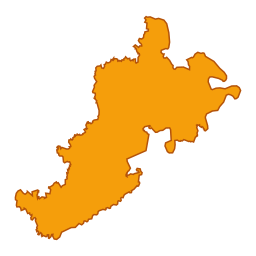 the district of Nanumba North, Northern, Ghana
{"feature_id": "2480657B57712569843933", "entity_name": "Nanumba North", "entity_type": "district", "adm_level": 2, "iso_a3": "GHA", "parent_name": "Ghana", "parent_adm1": "Northern", "projection": "natural_earth1", "projection_center": [-0.086, 8.922], "detail": "fine", "context": "isolated", "style": "filled", "palette": "amber", "viewbox_px": 256, "rotation_deg": 0, "n_neighbors": 0, "source": "geoboundaries", "source_scale": "gbopen_adm2", "svg_char_len": 5744}
<svg xmlns="http://www.w3.org/2000/svg" viewBox="0 0 256 256"><path d="M168.8,32.7L166.7,23.7L163.9,20.1L158.6,18.4L155.4,19.1L150.2,16.9L147.2,17.2L146.1,16.6L144.6,18.1L146.0,19.9L144.8,22.2L147.0,23.1L146.5,28.7L148.4,29.2L148.2,31.0L144.9,31.9L144.7,33.5L143.8,34.8L143.5,37.6L141.7,39.0L139.4,38.5L138.4,40.6L139.7,42.7L140.9,43.5L141.7,45.0L141.7,46.0L139.8,45.9L138.6,47.4L135.3,44.9L133.5,46.5L135.1,47.4L135.7,48.3L135.3,48.8L136.4,49.1L136.6,50.8L137.6,52.8L138.1,52.7L138.2,53.9L139.3,53.7L139.6,55.1L138.1,57.5L138.0,62.0L136.2,63.1L135.6,62.6L135.4,59.0L133.5,59.2L133.0,60.6L132.3,59.9L130.7,60.8L130.0,60.1L129.7,58.3L127.6,58.8L125.6,56.8L125.1,57.9L123.9,58.7L123.8,60.0L122.0,59.8L121.4,61.3L119.8,60.5L119.0,61.2L118.2,60.4L117.8,60.8L117.6,59.4L116.7,58.8L114.7,58.6L113.6,59.8L113.6,58.1L112.8,59.2L112.7,60.2L111.1,59.5L110.6,61.5L109.3,62.5L107.8,62.9L106.3,62.1L105.4,64.2L104.2,64.6L104.6,66.3L103.5,68.4L101.7,67.9L100.9,65.0L100.2,65.9L97.2,66.3L95.8,67.9L96.1,70.8L95.1,71.3L95.4,72.9L94.9,73.9L95.5,75.0L94.1,76.3L94.6,78.3L96.7,81.6L94.1,85.3L94.4,87.2L92.6,91.5L92.9,92.6L95.3,93.3L95.3,95.7L94.7,96.7L95.1,98.2L94.3,98.3L96.7,100.7L96.1,102.8L97.0,102.8L99.1,110.5L99.0,114.3L98.6,115.7L97.9,116.3L98.4,117.5L97.7,119.5L94.1,120.1L92.6,121.3L92.8,122.1L91.6,123.5L90.6,123.6L89.9,122.7L88.3,123.3L88.2,121.8L87.4,122.0L85.9,125.1L86.5,126.9L86.3,128.0L87.2,128.6L86.4,129.3L85.6,128.6L84.0,129.5L85.4,131.7L85.4,132.4L82.8,133.7L83.0,134.2L81.9,134.9L80.0,135.3L79.6,134.4L78.4,135.0L77.2,134.1L76.7,135.3L74.8,134.8L74.5,135.6L75.3,135.5L75.2,136.5L72.9,137.7L72.9,139.1L72.0,140.0L70.8,138.9L70.3,139.8L68.9,140.0L68.7,142.2L70.5,144.9L70.8,146.5L69.4,146.8L69.9,147.3L69.5,148.2L68.3,149.0L66.5,149.0L61.8,147.4L60.8,148.8L60.0,146.3L58.4,146.0L57.4,146.6L56.9,147.6L57.5,148.1L57.5,147.4L58.1,147.5L58.4,148.1L57.8,149.7L56.8,149.9L57.3,152.9L58.6,153.3L58.8,155.0L59.7,156.0L62.0,156.0L63.0,156.9L63.5,161.8L64.7,162.8L67.2,161.4L68.1,162.0L69.6,161.8L70.8,164.7L69.6,165.2L70.2,166.3L69.3,166.9L69.3,168.6L68.6,168.4L68.5,169.9L67.6,169.6L68.1,172.5L67.8,173.4L66.8,172.9L67.3,175.9L66.7,177.1L67.2,178.1L67.0,178.9L65.3,179.7L65.3,184.4L62.4,185.7L61.1,187.3L58.2,182.7L57.0,183.1L56.4,181.9L54.2,183.2L52.8,185.3L50.0,187.0L48.8,186.9L48.6,187.9L49.2,188.4L49.6,188.0L50.7,189.7L49.9,193.7L45.7,193.2L46.5,197.4L44.6,198.3L44.8,197.4L42.0,196.9L39.4,198.8L38.9,198.4L38.9,196.0L37.6,198.5L37.0,195.0L37.7,193.8L37.6,192.4L38.0,191.4L38.6,191.8L38.7,190.7L37.6,190.0L32.1,191.8L32.4,195.7L27.4,191.4L27.4,192.2L25.5,194.1L24.7,194.1L23.2,193.1L20.5,189.8L18.0,191.0L16.3,193.3L15.4,197.4L15.5,199.7L17.0,200.6L16.4,205.2L16.9,206.9L19.5,206.7L20.7,208.1L21.2,210.5L24.1,209.4L24.2,208.2L25.8,209.2L27.7,213.5L29.6,213.0L29.9,214.5L30.9,215.2L31.8,214.7L31.8,215.9L30.8,217.7L31.2,219.5L32.4,219.9L34.0,217.9L35.0,217.6L36.0,219.0L35.4,219.7L35.6,221.2L37.5,225.6L36.7,227.6L37.2,228.6L36.2,229.6L36.8,231.5L37.5,230.8L38.5,231.7L37.9,234.4L38.9,234.8L40.4,232.6L41.2,233.1L41.5,235.3L42.1,234.8L42.1,236.4L43.6,235.6L45.9,236.7L46.9,236.5L47.3,234.8L48.6,234.8L48.6,238.2L49.1,238.4L50.9,236.7L51.7,234.5L52.9,234.3L52.6,235.9L54.2,239.0L56.7,239.4L59.7,237.0L61.6,232.2L71.1,227.6L75.3,227.4L79.0,223.5L81.7,224.8L83.5,223.2L84.1,221.1L85.0,220.9L86.9,221.8L87.8,221.2L88.5,219.3L91.7,218.8L92.7,215.5L93.9,214.6L96.7,214.8L97.8,213.7L98.2,211.5L99.3,210.7L102.9,209.4L105.5,209.9L106.0,209.3L105.9,208.3L107.5,207.6L109.6,208.4L110.4,208.1L110.8,206.3L113.4,204.5L116.4,205.0L117.6,204.0L117.9,201.3L118.4,200.8L120.5,201.3L121.2,200.3L120.7,198.2L121.5,197.5L123.1,197.7L124.0,195.2L125.3,194.0L129.2,191.9L129.9,192.8L131.4,192.6L131.7,191.6L131.4,190.7L133.9,189.3L137.1,185.7L137.6,186.2L138.5,186.0L139.7,183.1L139.4,182.1L138.4,181.9L139.2,175.2L141.6,174.6L142.1,172.7L140.8,171.3L140.2,168.9L137.2,168.4L136.4,169.8L137.2,171.0L138.5,171.0L139.0,172.5L134.2,173.7L133.5,174.4L130.5,173.9L128.8,175.1L127.1,175.1L126.7,175.7L127.0,176.6L126.3,176.3L126.0,175.0L126.7,173.2L127.0,173.4L127.7,171.5L128.9,170.7L130.4,168.2L127.2,161.5L126.9,159.0L146.0,150.6L148.9,134.4L147.4,133.7L146.8,132.2L145.3,131.8L144.0,130.8L144.2,130.4L143.4,130.3L143.0,128.8L144.7,126.7L149.7,125.6L150.1,126.0L149.1,126.2L148.9,127.8L150.2,128.6L151.5,128.0L155.5,132.3L157.2,132.2L159.9,130.6L162.8,130.3L166.0,128.0L169.7,127.9L170.6,129.7L171.2,140.4L165.6,142.9L165.0,146.0L167.4,151.6L169.2,152.9L172.6,152.8L174.6,148.8L175.1,144.7L174.8,140.5L177.3,140.1L178.9,141.1L180.6,141.2L180.9,140.6L182.3,140.9L183.8,139.6L188.8,141.5L189.9,141.2L190.6,141.8L192.1,141.4L193.6,142.0L195.4,137.2L197.2,136.0L196.9,135.5L197.5,135.1L197.0,133.1L197.9,130.8L196.7,127.6L197.1,126.3L196.7,125.5L197.2,125.5L197.2,124.8L198.8,125.3L199.5,124.9L199.6,126.1L201.5,127.3L202.0,126.6L203.1,127.4L203.5,128.9L204.3,129.1L204.4,130.5L205.5,130.8L207.8,128.7L207.6,125.7L205.4,118.0L205.4,116.8L206.6,113.9L212.4,111.0L217.7,110.4L219.7,106.6L223.6,102.1L226.3,95.2L228.4,94.3L230.6,94.8L232.9,96.1L234.9,98.9L236.5,98.5L238.1,97.1L240.6,90.5L239.2,87.6L236.7,85.9L231.8,86.0L225.1,88.8L220.0,87.9L216.0,88.2L212.4,89.6L211.2,89.2L208.2,81.9L208.5,78.8L209.8,77.0L212.1,76.8L218.6,78.4L222.4,80.2L223.1,81.3L224.2,81.3L225.6,80.3L226.5,78.6L226.5,75.8L224.2,72.3L219.7,68.3L213.9,61.4L205.5,56.4L204.2,53.3L203.0,52.9L200.9,53.4L197.8,52.3L195.1,54.1L193.5,57.0L192.5,57.7L191.6,57.4L186.7,59.8L188.1,61.6L188.5,64.8L189.6,66.3L189.5,69.7L183.5,67.1L176.9,67.3L175.0,69.3L173.6,68.8L172.9,67.5L173.1,65.5L171.9,64.5L169.6,60.4L166.7,57.3L165.4,58.1L163.8,57.9L163.2,56.6L164.1,54.0L162.7,54.0L161.0,52.3L161.3,50.3L165.6,48.6L167.7,48.9L168.7,47.6L169.6,42.2L168.8,32.7Z" fill="#f59e0b" stroke="#b45309" stroke-width="1.5"/></svg>